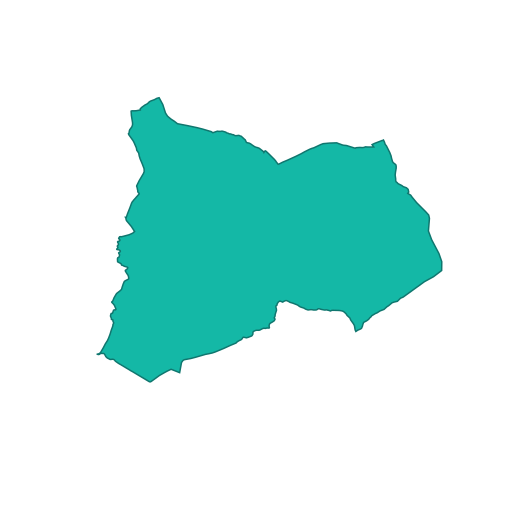 outline of Cucaita, Boyacá, Colombia, rotated 295°
{"feature_id": "7082276B93594910606067", "entity_name": "Cucaita", "entity_type": "district", "adm_level": 2, "iso_a3": "COL", "parent_name": "Colombia", "parent_adm1": "Boyacá", "projection": "natural_earth1", "projection_center": [-73.453, 5.526], "detail": "fine", "context": "isolated", "style": "filled", "palette": "teal", "viewbox_px": 512, "rotation_deg": 295, "n_neighbors": 0, "source": "geoboundaries", "source_scale": "gbopen_adm2", "svg_char_len": 6109}
<svg xmlns="http://www.w3.org/2000/svg" viewBox="0 0 512 512"><g transform="rotate(295 256 256)"><path d="M358.5,101.3L357.0,99.5L354.8,97.9L351.9,95.0L350.4,94.0L349.9,94.0L347.6,92.9L346.0,91.6L342.4,89.6L340.4,88.9L339.4,89.5L338.5,88.1L338.2,87.7L337.0,86.0L335.8,83.7L335.4,82.7L334.8,81.8L334.5,81.6L330.8,83.6L324.9,87.6L323.2,88.5L321.9,88.8L320.6,88.9L317.0,88.2L316.0,88.3L314.0,88.9L313.6,88.9L312.9,88.7L312.2,89.4L308.6,95.8L307.4,97.4L303.4,101.9L301.5,103.2L299.7,106.2L297.3,107.9L295.1,109.9L291.4,114.0L287.8,117.7L285.2,119.0L282.9,119.1L274.9,118.3L269.3,118.2L268.7,118.4L267.3,119.8L266.9,119.9L265.2,121.3L264.6,121.5L263.8,122.3L263.4,123.6L262.8,123.8L260.5,123.2L259.0,122.7L257.8,122.4L254.6,121.4L253.8,121.3L252.9,121.0L251.3,120.9L246.8,121.3L239.9,121.7L236.3,122.1L235.9,121.3L235.0,122.4L233.9,123.0L233.2,123.9L230.1,130.5L226.9,135.6L224.6,134.6L221.6,132.0L217.6,127.2L216.4,125.6L216.2,124.8L215.8,124.3L215.3,124.2L214.7,124.4L214.3,124.0L214.1,124.0L213.8,124.2L213.6,124.5L213.2,125.7L212.8,126.0L212.5,126.0L212.3,126.0L211.3,125.5L211.1,124.9L210.8,124.7L210.3,124.6L210.0,124.8L209.2,125.9L208.2,126.5L207.9,126.5L207.0,126.2L206.4,126.1L205.9,126.5L205.6,127.1L205.2,127.4L203.7,126.9L203.2,127.0L203.1,127.5L203.5,128.5L203.7,129.6L203.4,130.7L203.1,131.0L202.5,131.1L201.3,130.4L200.8,130.2L200.3,130.6L199.4,131.9L199.0,132.0L197.4,132.3L197.0,132.2L196.0,131.5L195.4,131.5L194.7,131.7L192.3,133.0L192.2,133.4L192.1,135.7L192.0,136.7L191.7,137.3L191.0,138.0L191.0,138.7L191.2,139.6L191.0,140.9L191.5,143.6L191.4,144.4L191.3,144.7L190.7,144.8L189.7,144.7L189.0,144.4L188.0,143.7L187.6,143.7L187.2,143.9L186.0,145.6L184.3,148.4L182.8,149.6L181.7,150.2L181.3,150.2L180.8,149.9L178.2,147.9L177.3,147.4L174.3,147.5L170.9,147.9L169.3,148.2L168.8,148.2L166.8,147.4L163.1,145.5L161.4,145.3L158.1,145.0L154.7,145.2L153.5,144.7L153.2,144.8L153.0,145.0L152.4,146.7L151.4,148.6L148.7,151.5L148.3,151.6L147.9,151.5L147.2,150.2L146.6,149.8L143.7,150.1L143.3,150.0L142.8,149.1L142.4,149.0L140.6,149.3L140.1,149.5L139.7,149.8L138.6,151.1L137.5,151.7L137.4,152.0L137.7,153.0L137.6,153.3L136.5,153.9L135.9,154.5L135.5,155.1L134.8,155.4L133.5,155.3L132.9,155.6L131.2,155.9L127.4,156.2L125.5,156.5L123.3,156.8L119.2,157.1L116.4,157.1L112.9,156.6L108.3,156.4L102.8,155.9L101.7,155.4L101.0,154.9L100.2,154.0L100.0,153.6L99.8,153.0L100.0,154.5L100.3,155.2L100.9,155.8L101.6,156.1L102.0,156.4L102.4,157.1L103.3,159.2L103.2,159.7L102.9,160.4L101.4,162.4L100.9,163.6L100.7,164.6L100.6,167.5L100.9,168.2L101.8,169.5L102.1,170.9L102.0,171.6L101.3,172.9L101.2,173.3L100.6,176.6L99.3,189.6L99.1,190.8L99.0,192.8L97.0,212.2L97.1,213.1L97.4,213.6L98.1,214.1L106.8,218.9L111.9,222.5L114.3,224.3L117.2,226.7L117.4,226.9L117.5,227.5L118.0,236.1L128.0,233.5L130.6,234.0L131.4,234.6L131.9,235.1L135.6,240.3L138.6,243.9L145.6,251.9L147.3,254.3L149.6,257.3L151.8,259.6L158.7,265.9L164.1,270.5L168.7,274.7L170.2,275.2L171.8,276.2L173.7,277.8L174.4,278.2L176.6,278.6L177.0,278.8L177.3,279.6L177.8,281.9L179.0,283.3L181.4,285.6L182.0,286.0L182.5,286.1L183.9,286.2L185.4,285.5L186.2,285.5L186.6,285.7L187.7,286.4L188.9,287.8L189.7,289.6L190.4,290.7L192.8,292.5L193.6,293.3L193.9,293.9L194.5,295.4L195.3,296.2L196.2,298.3L196.5,298.4L197.0,298.3L197.5,297.8L198.7,297.2L200.3,297.0L201.2,297.4L203.0,298.7L204.8,299.8L205.2,299.9L206.4,300.0L206.8,299.9L207.1,299.6L207.5,298.8L207.9,298.6L209.1,298.7L209.8,298.6L211.0,298.1L215.5,297.5L216.7,296.8L218.1,295.6L219.0,295.2L219.4,295.3L220.0,295.7L220.7,295.7L221.1,295.5L221.8,295.4L223.7,295.7L224.2,295.9L225.3,296.7L225.5,299.7L226.7,300.4L227.9,301.5L228.3,302.1L228.6,303.1L228.5,304.8L228.6,305.3L228.4,305.9L228.4,306.7L228.8,309.1L229.1,313.5L229.1,314.8L228.8,315.9L228.6,317.5L228.7,318.9L229.0,321.0L229.0,321.8L228.8,323.3L229.1,326.0L230.3,327.9L230.9,329.2L231.5,331.3L232.5,333.3L233.1,333.9L234.4,334.7L234.7,335.1L234.9,335.6L235.2,337.8L235.9,340.6L236.2,341.5L236.8,342.2L237.0,342.9L237.5,345.2L237.6,346.6L237.7,346.8L238.7,347.6L239.2,348.4L241.8,354.4L242.4,356.4L242.7,358.0L242.5,359.6L241.9,361.4L241.6,362.2L240.6,363.7L240.0,365.7L239.3,367.6L238.2,368.6L235.7,373.0L234.5,374.6L230.9,377.1L229.8,378.4L231.8,379.6L233.7,381.3L234.5,381.9L235.2,382.2L237.6,382.1L238.8,381.8L241.0,381.6L241.6,381.8L243.9,383.6L246.3,384.9L248.2,385.3L249.4,385.9L250.7,386.1L254.3,388.5L255.7,389.8L258.6,391.6L261.7,394.6L265.3,396.1L267.0,397.2L271.1,399.1L272.5,400.5L274.7,403.3L278.8,404.8L280.9,406.7L303.9,419.5L312.2,425.6L321.3,430.4L329.3,426.8L335.5,420.8L345.0,408.3L351.5,401.7L363.4,397.3L366.1,395.2L367.8,391.2L372.2,379.1L375.3,372.6L376.5,370.5L376.9,367.1L378.5,367.4L380.7,365.7L381.4,363.5L381.1,360.1L381.5,358.3L381.6,354.2L382.2,352.8L382.5,351.5L383.3,350.8L385.1,349.9L388.2,347.9L390.9,347.0L394.9,345.9L396.6,345.1L397.7,344.3L398.2,342.8L398.5,341.1L399.2,339.9L401.8,337.6L403.9,336.0L406.3,333.5L410.9,327.7L411.8,325.9L413.5,324.3L415.0,322.5L414.1,321.8L414.0,321.5L407.9,315.6L406.0,314.1L404.6,316.6L404.1,315.7L402.0,311.2L401.1,308.9L400.2,308.2L399.2,306.6L398.3,304.3L396.7,301.4L396.3,300.8L395.6,300.4L394.4,291.5L394.1,290.5L393.4,288.6L393.1,287.0L393.0,285.3L392.8,283.8L392.7,281.4L391.8,279.6L389.4,274.9L386.2,269.4L384.5,267.7L379.0,263.1L378.4,262.6L377.2,261.2L375.4,259.5L371.0,256.0L367.9,253.8L362.8,249.7L355.9,243.8L352.4,240.6L349.1,238.0L348.5,237.3L349.9,234.5L350.4,233.8L351.3,231.9L353.9,224.7L355.2,220.8L355.2,219.9L354.2,219.5L353.2,219.4L353.7,218.8L354.0,217.8L355.0,213.5L354.9,211.7L354.6,210.2L354.5,208.6L354.9,206.0L355.3,204.0L355.4,202.9L355.4,202.1L354.9,199.9L355.0,199.3L355.2,198.9L356.7,197.2L357.1,195.7L358.3,192.0L358.1,191.0L358.1,189.5L356.5,186.9L356.2,185.9L356.4,184.4L356.0,183.1L355.9,181.4L355.4,180.2L355.5,179.0L355.2,177.2L355.2,176.8L355.5,176.4L355.0,173.1L354.7,172.2L354.0,171.3L353.6,170.4L353.1,169.3L353.0,168.6L352.5,167.9L349.5,164.8L349.8,162.8L348.5,154.1L347.4,148.3L345.2,138.8L342.7,128.9L343.6,125.1L344.1,121.4L344.9,118.2L345.4,116.6L347.4,113.5L353.9,107.5L358.5,101.3Z" fill="#14b8a6" stroke="#0f766e" stroke-width="1.5"/></g></svg>